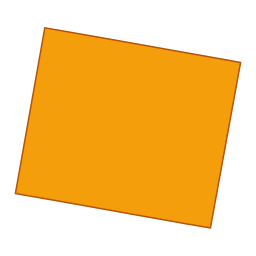 Rawlins, Kansas, United States of America (Equal Earth projection), rotated 190°
{"feature_id": "52423323B33021828989067", "entity_name": "Rawlins", "entity_type": "district", "adm_level": 2, "iso_a3": "USA", "parent_name": "United States of America", "parent_adm1": "Kansas", "projection": "equal_earth", "projection_center": [-101.162, 39.785], "detail": "fine", "context": "isolated", "style": "filled", "palette": "amber", "viewbox_px": 256, "rotation_deg": 190, "n_neighbors": 0, "source": "geoboundaries", "source_scale": "gbopen_adm2", "svg_char_len": 436}
<svg xmlns="http://www.w3.org/2000/svg" viewBox="0 0 256 256"><g transform="rotate(190 128 128)"><path d="M35.8,212.1L167.6,212.3L227.3,212.2L227.5,43.9L223.6,44.0L221.6,43.9L169.0,44.0L142.4,43.9L132.8,43.9L112.0,43.8L100.9,43.8L97.9,43.8L94.0,43.8L87.3,43.8L77.3,43.8L66.2,43.8L64.0,43.8L55.2,43.7L54.7,43.7L49.6,43.8L40.3,43.8L29.8,43.9L29.5,43.9L28.5,212.1L35.8,212.1Z" fill="#f59e0b" stroke="#b45309" stroke-width="1.5"/></g></svg>